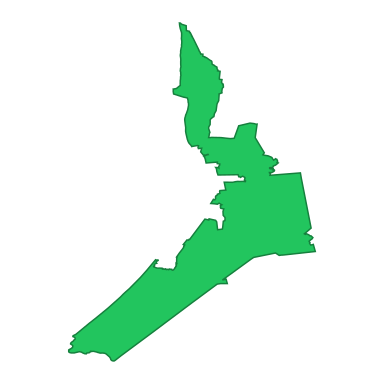 the district of Saulkrastu pag., Saulkrastu, Latvia
{"feature_id": "27541924B726637782325", "entity_name": "Saulkrastu pag.", "entity_type": "district", "adm_level": 2, "iso_a3": "LVA", "parent_name": "Latvia", "parent_adm1": "Saulkrastu", "projection": "equal_earth", "projection_center": [24.412, 57.267], "detail": "fine", "context": "isolated", "style": "filled", "palette": "green", "viewbox_px": 384, "rotation_deg": 0, "n_neighbors": 0, "source": "geoboundaries", "source_scale": "gbopen_adm2", "svg_char_len": 5862}
<svg xmlns="http://www.w3.org/2000/svg" viewBox="0 0 384 384"><path d="M191.8,146.6L192.3,146.4L197.6,145.5L198.5,145.7L198.0,147.3L198.4,148.6L201.7,148.2L200.7,151.9L203.3,155.0L203.7,155.3L204.4,155.1L204.6,155.5L207.2,154.5L208.1,154.4L208.2,154.6L207.4,154.7L203.8,156.2L204.4,156.7L204.3,156.9L204.8,158.0L205.5,159.4L205.5,159.9L205.4,159.9L206.1,163.0L217.4,162.1L217.2,163.6L219.8,164.0L219.6,165.3L218.9,166.1L218.6,167.0L218.7,167.6L218.4,167.3L218.2,167.5L218.1,167.4L217.7,167.6L217.4,167.5L216.9,167.7L216.5,167.5L215.9,167.5L216.4,168.0L216.2,168.1L216.5,168.4L216.4,168.7L216.9,171.8L218.0,175.0L238.1,174.7L238.7,176.7L239.8,176.7L240.4,177.4L242.6,176.2L244.3,177.1L244.6,177.6L244.9,177.6L245.1,178.0L244.4,180.0L245.5,180.7L245.4,181.6L243.0,181.4L239.8,181.5L237.6,181.4L235.4,181.7L232.7,182.3L224.2,182.2L225.8,190.1L219.9,190.6L219.7,191.1L219.6,191.9L219.9,193.4L217.4,194.2L217.3,195.0L215.9,195.9L215.5,196.7L215.6,198.7L214.8,199.8L213.4,199.3L210.8,203.5L214.5,203.8L217.4,204.2L219.1,203.2L221.8,204.8L220.7,205.3L220.3,205.7L220.3,206.0L220.6,206.3L220.6,206.6L220.6,206.9L220.4,207.4L220.8,208.3L223.8,208.9L223.0,211.4L223.2,215.4L225.1,217.6L224.9,220.6L223.3,221.2L222.8,226.5L222.4,229.1L217.6,229.7L216.7,221.9L215.6,220.3L209.3,218.9L209.0,218.9L208.8,220.0L204.9,219.1L189.6,239.5L189.1,239.3L188.4,240.2L187.0,239.9L183.3,244.5L184.7,245.0L184.2,245.7L184.1,246.0L183.7,246.2L183.7,247.1L182.8,248.6L179.3,253.1L176.6,257.0L177.1,257.1L176.7,258.3L176.6,263.1L176.1,262.9L176.0,264.0L176.6,264.0L176.4,264.3L176.4,264.8L175.7,266.5L175.9,266.5L175.1,267.9L174.7,268.0L174.6,268.4L173.6,269.8L173.2,270.0L172.3,270.2L171.7,269.6L171.7,269.3L170.3,269.3L169.8,269.0L169.1,269.1L169.0,269.3L169.1,269.5L168.6,269.7L167.7,269.3L166.4,269.6L165.9,269.4L165.9,269.0L165.5,268.8L164.9,268.9L164.5,269.3L163.8,269.2L163.4,268.9L163.4,269.1L162.4,269.1L162.1,268.7L162.3,268.5L162.3,268.4L161.9,268.2L159.1,268.1L158.6,268.2L157.1,268.1L155.6,267.6L155.1,267.3L154.1,267.1L153.6,266.5L153.8,266.2L154.2,266.1L154.6,265.6L154.5,265.0L154.3,264.8L154.4,264.4L155.3,263.8L156.6,263.3L156.2,263.0L156.4,262.6L156.3,261.6L156.8,261.4L157.3,260.8L158.0,260.6L158.2,260.3L157.9,259.9L157.1,260.2L156.6,260.1L155.6,259.7L146.8,270.3L140.5,277.4L129.1,288.9L126.0,291.6L123.1,294.3L120.4,297.1L107.8,308.3L95.1,318.7L89.6,323.0L75.8,334.4L73.1,335.7L72.9,336.6L74.8,337.4L75.0,337.8L75.2,338.9L74.9,339.3L73.9,340.1L73.2,341.1L71.6,342.2L70.7,343.2L70.6,343.6L70.6,344.0L71.9,344.8L72.7,345.6L72.8,346.0L72.7,346.8L72.5,347.4L72.4,347.6L71.9,348.0L71.7,348.0L71.4,348.4L69.3,349.5L69.6,349.7L68.7,350.4L68.7,351.6L69.1,352.3L69.8,352.6L71.1,352.9L74.3,352.9L79.3,351.7L81.4,352.1L83.1,353.1L85.0,353.8L85.7,353.8L86.4,353.8L86.5,353.4L87.0,352.9L88.0,352.9L89.6,352.6L90.2,351.8L91.1,351.6L91.0,351.3L92.9,351.4L93.8,351.3L95.4,351.8L96.0,351.8L98.2,352.6L98.8,352.5L99.1,352.8L100.2,353.1L102.3,353.0L104.3,353.2L105.3,353.5L106.2,354.0L109.5,356.9L110.3,358.0L110.9,359.7L111.6,360.4L112.4,360.8L114.0,361.0L115.1,360.4L120.8,355.9L150.7,333.7L191.1,303.4L217.2,284.1L220.5,283.6L227.3,283.6L226.1,279.2L222.4,280.0L251.0,259.2L253.7,257.4L275.5,253.0L279.2,255.4L281.1,255.1L283.3,255.0L315.3,251.5L313.3,244.4L310.8,245.1L309.6,243.4L310.0,242.5L309.2,241.7L309.1,241.3L309.3,240.9L310.4,240.1L310.6,239.8L311.5,239.4L312.2,238.7L312.9,237.6L311.1,235.9L310.0,235.8L308.9,234.9L307.5,234.2L306.5,233.8L306.0,234.2L305.4,234.4L304.4,233.8L311.1,228.1L301.3,178.2L300.4,172.9L270.0,175.3L270.2,174.8L270.3,173.8L269.4,172.8L269.4,172.5L271.6,172.7L272.0,172.5L272.2,172.2L272.9,172.0L274.2,171.1L274.5,170.5L274.5,170.2L274.1,169.8L272.9,170.0L272.7,169.9L273.3,169.3L273.3,168.7L273.0,168.4L272.3,168.3L271.5,168.7L270.2,168.8L269.8,168.6L269.6,168.3L269.6,167.8L269.9,167.6L271.8,167.6L272.6,167.3L273.0,167.0L273.2,166.7L273.3,166.0L275.1,165.3L276.1,164.7L278.2,162.9L277.1,162.3L277.5,161.9L277.6,161.1L277.2,160.0L277.0,159.8L276.8,159.4L276.5,159.5L275.7,158.7L273.6,160.1L272.4,158.5L272.0,157.6L271.4,157.2L268.0,155.8L264.2,155.2L262.9,154.8L264.3,152.8L255.2,137.7L257.1,124.1L256.1,124.2L254.1,123.6L250.0,123.1L238.7,125.8L238.0,127.8L234.2,138.3L230.3,138.6L226.2,138.2L221.0,137.6L211.0,137.4L210.6,137.6L208.6,137.6L208.9,136.4L209.0,136.2L209.4,133.5L209.9,132.4L209.0,129.5L208.7,129.0L208.7,127.0L210.1,124.6L210.2,121.0L210.1,120.5L210.3,119.6L210.7,119.0L212.8,117.2L213.9,116.6L214.4,113.7L216.1,110.7L216.9,104.7L217.2,103.5L218.7,100.7L219.1,94.9L219.0,94.0L222.0,92.8L221.8,91.4L222.2,88.7L222.8,87.6L223.4,87.2L223.4,85.9L223.1,85.4L223.3,84.9L223.0,84.0L222.6,84.1L221.5,82.2L221.6,81.9L222.0,79.6L219.5,79.3L219.3,78.5L220.1,71.3L217.6,70.8L217.9,70.1L216.9,68.4L217.0,67.2L214.2,65.5L214.0,65.1L212.9,64.7L212.1,64.1L211.9,61.7L211.5,61.0L209.8,60.1L206.4,57.6L205.0,57.4L205.0,56.9L202.8,56.2L202.9,54.2L200.9,54.1L200.9,53.9L200.7,53.9L199.9,51.9L198.9,50.6L199.0,50.2L198.4,49.0L193.3,38.6L191.9,36.3L192.1,36.3L190.3,32.7L189.6,32.6L189.5,31.3L186.4,30.6L186.2,25.7L181.5,24.2L180.5,23.1L179.4,23.0L179.5,23.6L179.5,24.1L179.7,25.8L180.2,28.3L180.5,29.4L181.0,30.9L181.6,32.9L181.6,36.2L181.4,38.5L181.8,41.4L181.7,43.9L181.5,44.7L181.6,46.8L181.2,47.8L180.7,50.5L180.6,51.7L180.7,52.6L180.3,55.1L180.4,56.4L180.7,58.2L180.7,58.9L180.8,60.1L180.7,61.3L180.7,64.2L180.9,66.9L180.5,68.5L180.4,70.0L180.3,70.3L180.4,71.5L180.7,72.0L180.7,74.1L180.9,75.4L180.6,76.4L180.5,79.2L180.3,80.2L180.2,84.2L180.3,85.5L179.6,85.9L176.4,88.5L173.2,89.1L173.3,89.4L173.2,91.4L173.6,94.0L183.4,97.1L187.2,97.9L187.7,98.9L188.1,100.8L188.1,102.2L188.3,102.4L188.5,103.8L188.5,105.5L187.7,109.8L186.2,114.0L185.6,115.2L185.5,116.1L184.9,118.0L184.7,119.8L185.1,123.2L185.7,127.6L185.6,131.2L186.0,133.6L187.3,139.2L188.2,141.7L189.1,143.3L190.8,145.1L191.8,146.6Z" fill="#22c55e" stroke="#15803d" stroke-width="1.5"/></svg>